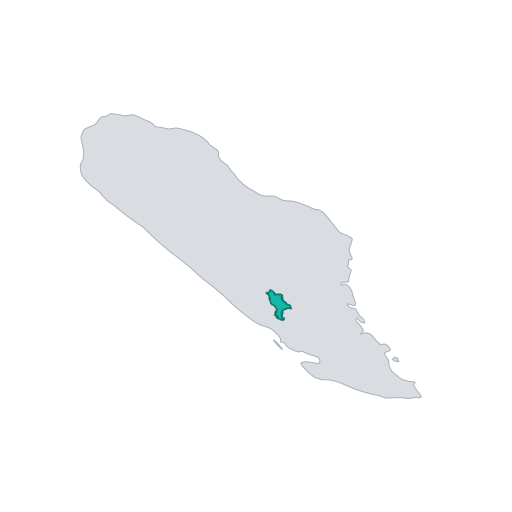 Amparafaravola, Alaotra-Mangoro, Madagascar shown in context, rotated 116°
{"feature_id": "10022922B80147144228565", "entity_name": "Amparafaravola", "entity_type": "district", "adm_level": 2, "iso_a3": "MDG", "parent_name": "Madagascar", "parent_adm1": "Alaotra-Mangoro", "projection": "equal_earth", "projection_center": [48.36, -17.461], "detail": "fine", "context": "in_parent", "style": "filled", "palette": "teal", "viewbox_px": 512, "rotation_deg": 116, "n_neighbors": 0, "source": "geoboundaries", "source_scale": "gbopen_adm2", "svg_char_len": 7882}
<svg xmlns="http://www.w3.org/2000/svg" viewBox="0 0 512 512"><g transform="rotate(116 256 256)"><path d="M317.5,57.2L318.6,60.5L319.8,63.7L323.7,71.4L325.4,74.3L326.8,77.5L327.5,83.8L330.0,93.5L332.3,108.1L333.0,123.1L333.7,129.9L335.5,136.4L338.5,143.1L339.4,150.5L337.6,158.2L334.9,165.4L334.2,166.7L333.0,168.6L332.4,168.5L330.3,166.6L328.6,163.6L326.4,156.4L325.6,152.8L324.7,152.2L322.1,152.5L320.3,154.8L319.9,156.2L320.3,160.3L321.0,163.9L321.3,167.6L321.4,172.2L322.0,173.6L323.1,174.8L324.1,177.9L324.3,185.1L323.6,188.8L321.8,191.9L321.9,193.6L322.6,195.4L321.9,196.5L319.5,197.9L318.5,199.1L317.2,202.2L315.1,208.7L314.8,212.1L316.1,222.2L315.7,229.3L313.0,243.0L311.5,249.5L309.3,257.2L306.0,267.4L302.7,280.2L299.9,293.3L297.8,301.2L295.4,309.0L292.2,322.7L289.5,336.6L285.5,351.8L280.0,368.8L279.4,371.0L278.2,379.7L277.0,387.2L275.5,394.6L272.5,406.9L272.1,410.6L271.4,414.3L268.5,421.9L267.2,424.8L266.3,427.8L265.9,431.6L265.0,435.3L262.8,442.1L259.6,448.0L257.4,450.1L252.7,453.2L250.2,453.8L244.9,453.9L239.7,455.6L234.3,459.0L229.2,462.9L227.2,464.7L225.0,465.7L218.2,466.0L216.1,465.1L209.2,458.8L206.5,457.7L201.5,456.9L199.9,456.3L198.5,455.5L196.5,452.2L192.4,449.4L191.4,448.5L190.8,446.5L190.3,444.4L189.2,442.1L188.4,437.7L187.0,434.5L183.2,429.0L182.8,427.3L182.4,421.4L182.5,417.5L182.0,410.2L182.4,406.8L183.7,403.7L183.1,400.4L181.7,396.9L181.1,393.2L180.0,389.9L176.0,384.0L175.1,381.0L174.4,378.0L172.8,368.5L172.6,365.2L172.7,358.2L173.2,354.6L174.1,352.1L174.4,350.2L175.0,348.6L175.9,347.3L176.5,345.8L177.9,336.8L179.7,334.8L182.5,333.7L184.7,331.3L185.9,328.2L187.1,321.6L190.6,315.2L191.8,311.7L194.6,306.6L197.0,299.3L197.7,295.9L198.3,292.4L198.8,284.7L199.3,280.8L199.1,277.0L197.7,273.1L194.2,266.0L194.1,264.7L194.3,259.4L194.0,255.6L192.7,251.8L191.0,248.2L189.4,241.5L188.5,230.4L188.6,226.4L188.1,222.8L186.9,219.4L187.7,213.5L197.8,191.9L198.2,189.3L197.7,182.7L197.9,178.9L198.2,177.5L199.0,176.7L200.8,176.3L209.1,175.3L210.2,174.6L212.3,172.8L215.1,169.3L216.4,168.3L217.5,168.6L218.3,170.2L219.2,171.0L222.6,169.4L223.9,169.3L225.2,169.6L225.8,168.1L226.2,166.2L226.6,164.8L227.5,164.0L231.9,163.5L234.7,163.0L238.2,161.6L239.0,161.9L241.9,166.8L242.8,167.3L243.9,167.5L244.9,166.6L242.5,164.0L242.2,162.5L242.3,160.8L243.5,157.3L245.6,154.5L250.3,150.4L255.1,145.6L256.5,145.3L257.7,146.0L258.7,151.7L258.6,152.6L259.3,152.7L260.2,152.0L261.0,149.8L261.1,147.9L260.4,146.0L260.1,144.5L260.1,143.1L262.5,139.7L264.4,136.6L265.3,132.7L266.1,131.0L268.2,129.0L268.8,129.3L269.2,130.9L269.5,132.6L269.0,134.3L268.2,136.0L267.9,138.2L269.1,138.7L270.2,138.1L271.8,134.1L273.6,130.3L274.6,128.3L276.0,126.9L278.3,127.2L280.5,128.0L276.9,124.0L276.0,118.5L280.2,108.9L280.3,107.0L280.9,106.3L281.2,105.6L279.0,102.3L278.6,100.7L278.8,98.3L279.9,96.2L280.9,94.6L282.2,94.1L283.3,94.9L285.7,97.5L287.3,98.0L289.2,95.4L290.8,92.2L293.2,90.0L295.9,88.7L300.0,83.7L302.7,73.2L302.9,70.1L302.3,66.4L301.4,62.9L299.8,58.4L300.2,57.5L302.4,58.1L303.2,57.4L305.7,53.5L309.7,46.0L311.0,46.1L312.2,47.4L312.6,49.5L313.4,51.0L316.1,54.6L317.5,57.2ZM289.3,86.7L289.4,87.9L286.3,87.4L285.8,83.4L287.3,83.3L287.6,81.7L288.5,81.5L289.5,85.0L289.3,86.7ZM326.5,198.2L323.9,203.9L324.6,199.1L327.7,192.2L328.5,191.7L326.5,198.2Z" fill="#d9dde1" stroke="#a8b0b8" stroke-width="1"/><path d="M299.7,203.4L299.9,203.8L299.9,204.1L299.7,204.3L299.8,204.5L299.9,204.8L299.9,205.0L299.9,205.3L299.9,205.6L299.9,205.9L299.6,205.8L299.4,205.9L299.2,205.8L299.0,205.7L298.8,205.7L298.7,205.9L298.6,206.2L298.5,206.4L298.4,206.5L298.6,207.0L298.4,207.1L298.3,206.9L298.2,206.9L298.2,207.1L298.0,207.4L297.9,207.4L297.8,207.1L297.7,207.0L297.8,206.9L297.7,206.8L297.6,206.7L297.3,206.7L296.9,206.8L296.9,207.0L296.8,207.4L296.7,207.5L296.3,207.5L296.2,207.7L296.1,207.4L295.8,207.2L295.8,206.9L295.5,207.1L294.8,207.3L294.9,207.5L294.7,207.8L294.5,208.4L294.2,208.5L294.0,208.4L293.7,208.5L293.5,208.4L293.0,207.8L292.5,207.3L292.3,207.4L291.7,207.4L291.3,207.0L291.1,207.0L290.9,207.0L290.9,206.9L290.9,206.7L291.0,206.2L290.9,206.1L290.7,205.9L290.6,205.7L290.2,205.6L290.0,205.4L289.7,205.5L289.3,204.9L289.2,204.9L289.0,204.3L288.9,204.3L288.8,204.2L288.7,203.9L288.7,203.7L288.6,203.3L288.5,203.2L288.3,203.0L288.2,203.0L288.1,202.8L287.9,202.8L287.8,202.6L288.0,202.0L288.0,201.7L288.0,201.4L287.8,201.3L287.7,201.4L287.5,201.5L287.4,202.1L287.2,202.2L287.2,202.3L286.9,202.5L286.7,203.0L286.3,202.9L286.3,203.1L286.1,203.0L285.6,203.2L285.6,203.5L285.4,204.1L285.5,204.2L285.6,204.3L285.4,205.1L285.5,206.0L285.8,206.2L285.7,206.3L285.8,206.5L285.9,206.8L285.7,207.4L285.6,207.5L285.6,208.0L285.4,208.2L285.4,208.5L285.1,208.4L285.1,208.5L284.8,208.5L284.8,208.9L284.7,209.0L284.6,209.4L284.7,209.5L284.8,210.0L284.8,210.3L284.8,210.5L284.8,210.8L284.8,211.0L284.9,211.3L284.6,211.4L284.5,211.6L284.4,211.8L284.3,211.7L284.2,211.8L283.9,211.6L283.8,211.8L283.6,212.6L283.7,212.9L283.8,213.1L283.8,213.9L283.7,214.2L283.3,214.3L283.1,214.4L283.0,213.9L282.9,213.9L282.8,214.1L282.6,213.9L282.4,214.0L282.4,213.9L282.2,213.7L281.9,213.5L281.7,214.0L281.5,214.4L281.2,214.9L281.2,215.3L281.0,215.2L281.0,215.3L280.9,215.3L280.9,215.2L280.7,215.0L280.4,215.5L280.2,215.6L279.9,216.0L279.8,215.9L279.7,215.6L279.5,216.0L279.5,216.3L279.6,216.7L279.7,217.6L279.8,217.8L280.0,217.9L280.1,218.1L280.2,218.4L280.3,218.4L280.3,218.6L280.4,218.8L280.5,218.8L280.8,218.6L281.0,218.6L280.8,218.9L280.7,219.2L280.8,219.5L281.0,220.0L281.4,220.4L281.6,220.6L281.6,220.8L281.5,221.0L281.8,221.2L281.8,221.3L282.2,221.4L282.6,221.6L282.4,222.2L282.3,222.5L282.2,222.5L282.1,222.4L281.8,222.6L281.6,222.5L281.1,222.9L281.1,223.2L281.1,223.6L281.3,223.6L281.4,223.9L281.3,224.0L281.2,224.1L280.8,224.1L280.8,224.8L280.5,225.1L280.4,225.6L280.2,225.8L280.3,226.2L280.4,226.4L280.4,226.6L280.2,227.1L280.2,227.6L280.1,228.0L280.2,228.3L280.5,228.3L280.9,228.6L281.0,228.6L281.3,228.6L281.9,228.2L282.0,228.1L282.7,228.1L282.9,228.3L283.0,228.3L283.3,228.5L283.5,228.6L283.6,229.0L283.6,229.3L283.6,229.6L283.7,229.9L283.8,230.0L284.0,229.9L284.2,230.0L284.3,229.9L284.4,230.0L284.4,229.9L284.5,229.9L284.4,229.8L284.5,229.8L284.4,229.7L284.5,229.7L284.8,229.9L285.0,229.6L285.1,229.3L285.2,228.8L285.1,228.6L285.2,228.4L285.3,228.2L285.4,227.7L285.5,227.5L285.7,227.4L285.8,227.2L285.8,226.9L285.9,226.7L286.1,226.6L286.2,226.4L286.3,226.3L286.5,226.4L286.6,226.2L286.8,226.3L287.0,226.2L287.5,226.0L287.5,225.9L287.8,225.9L287.8,225.6L288.0,225.7L288.3,225.4L288.3,225.0L288.3,224.9L288.5,224.9L288.4,224.7L288.5,224.7L288.8,224.5L289.2,224.4L289.5,224.4L290.0,224.0L290.1,223.9L290.8,222.9L291.4,222.4L291.6,222.1L292.1,222.0L292.2,221.9L292.2,221.5L292.1,221.3L292.0,221.2L292.0,220.8L292.2,220.5L292.6,220.4L292.8,220.0L292.6,219.6L292.5,219.0L292.5,217.9L292.5,217.6L292.8,217.2L293.2,216.7L293.3,216.4L293.4,216.2L293.8,215.8L293.9,215.6L294.1,215.2L294.2,214.8L294.7,213.4L295.2,213.7L295.4,213.6L295.6,213.6L295.8,213.8L296.0,213.8L296.3,213.7L296.5,213.7L296.9,213.6L297.0,213.6L297.3,213.3L297.3,213.5L297.4,213.4L297.5,213.5L297.6,213.8L297.7,213.7L297.8,213.8L298.2,214.0L298.4,214.0L298.4,213.8L298.5,213.8L298.5,213.7L298.7,213.8L298.8,213.8L299.2,213.3L299.3,213.3L299.4,213.2L299.4,212.9L299.6,213.0L299.6,212.9L299.8,212.8L299.8,213.0L299.8,213.3L300.0,213.4L300.2,213.1L300.8,213.1L300.7,212.8L300.9,212.5L300.8,212.2L300.7,211.9L300.5,211.4L300.5,211.0L300.6,210.8L300.5,210.6L300.6,210.4L301.3,209.4L302.0,209.8L302.0,210.1L301.8,210.5L301.8,210.9L302.1,210.4L302.3,210.1L302.5,209.8L302.6,209.6L302.6,209.3L302.4,208.3L302.3,207.1L302.3,206.9L302.4,206.4L302.3,205.8L302.3,205.6L302.4,205.3L302.4,205.1L302.2,205.1L302.1,204.9L301.9,205.0L301.7,204.8L301.7,204.4L301.7,203.3L301.6,203.2L301.4,203.3L301.2,203.3L300.8,203.3L300.6,203.5L300.6,203.2L300.4,203.2L300.1,203.1L299.9,203.4L299.7,203.4Z" fill="#14b8a6" stroke="#0f766e" stroke-width="1.5"/></g></svg>